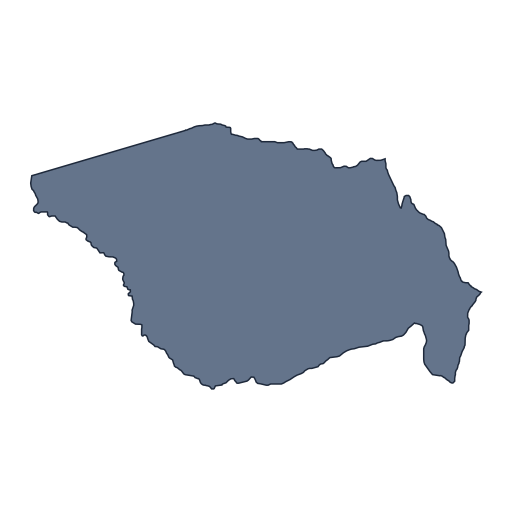 Zarcero, Alajuela, Costa Rica (Natural Earth projection)
{"feature_id": "36466004B69998662066275", "entity_name": "Zarcero", "entity_type": "district", "adm_level": 2, "iso_a3": "CRI", "parent_name": "Costa Rica", "parent_adm1": "Alajuela", "projection": "natural_earth1", "projection_center": [-84.401, 10.218], "detail": "fine", "context": "isolated", "style": "filled", "palette": "slate", "viewbox_px": 512, "rotation_deg": 0, "n_neighbors": 0, "source": "geoboundaries", "source_scale": "gbopen_adm2", "svg_char_len": 6061}
<svg xmlns="http://www.w3.org/2000/svg" viewBox="0 0 512 512"><path d="M393.8,185.6L388.5,174.4L387.7,172.1L387.3,170.2L386.2,168.7L385.9,167.5L385.9,163.7L385.1,160.7L385.1,158.8L380.8,160.3L376.3,160.4L374.7,160.0L372.5,158.5L370.3,158.4L366.1,161.3L361.6,161.3L360.1,162.0L357.5,165.2L355.7,166.4L353.5,166.8L353.1,167.1L350.1,167.8L348.4,167.8L346.2,166.3L344.0,166.2L340.5,167.7L334.9,167.8L334.4,167.6L333.3,166.2L333.1,165.1L332.1,163.6L331.2,160.1L331.2,158.8L330.7,157.9L328.9,156.5L328.4,156.4L328.1,155.9L326.7,155.2L326.5,154.7L325.6,154.0L325.2,153.0L323.4,150.6L321.7,149.1L318.8,149.1L316.9,150.1L314.8,150.4L312.5,150.4L309.4,149.1L307.8,149.0L307.3,148.8L304.5,148.8L303.5,149.1L297.3,149.1L296.4,147.8L295.0,146.6L294.4,145.2L293.6,144.6L292.7,142.9L292.2,142.7L291.9,142.1L291.1,141.8L288.9,141.7L284.1,142.7L277.4,142.7L274.8,141.7L261.3,141.7L260.8,140.8L259.9,140.4L259.3,139.5L258.2,138.6L257.6,138.5L254.3,138.5L251.6,139.1L247.6,139.1L245.5,138.4L242.5,136.9L238.3,135.9L238.0,135.6L236.9,135.3L235.8,135.3L232.6,134.3L231.5,134.3L231.0,133.4L230.7,131.6L230.7,128.4L230.3,127.6L229.3,127.3L226.5,127.2L226.0,127.0L225.7,126.1L224.8,125.6L222.2,125.0L221.2,124.4L220.2,124.1L217.9,124.0L216.4,123.7L215.6,123.1L214.5,123.1L212.1,124.4L211.0,124.4L208.9,125.0L205.0,125.0L202.3,125.6L199.5,125.7L196.8,126.1L194.2,126.9L191.2,128.4L190.2,128.5L186.7,130.1L185.5,130.1L185.2,130.5L31.8,175.7L30.7,183.1L31.1,186.3L32.0,189.2L33.6,190.7L34.0,191.7L35.2,193.6L35.7,195.3L37.7,198.9L38.1,201.3L38.0,202.9L37.0,204.3L34.5,206.7L33.7,208.2L33.6,210.6L34.3,211.7L35.0,212.3L36.5,212.3L38.4,213.4L39.0,213.2L40.1,212.3L41.4,211.9L47.2,211.9L47.4,212.0L47.6,212.8L47.6,214.8L49.0,216.5L49.6,216.7L51.6,216.0L55.1,216.0L57.4,219.3L59.5,221.3L61.9,222.0L65.2,222.0L67.0,223.0L67.7,223.0L69.0,224.9L72.8,227.2L75.0,227.2L77.4,227.6L80.0,230.2L82.4,231.8L83.7,232.3L83.8,232.6L86.6,234.6L86.8,236.9L86.0,238.9L86.1,239.7L87.8,241.1L88.5,241.2L89.3,241.8L90.0,241.8L90.5,242.2L90.9,242.6L91.3,244.9L92.2,246.1L93.8,247.5L96.5,248.0L97.0,248.4L100.0,252.9L103.4,252.7L104.0,253.1L104.7,254.8L105.9,256.2L109.0,256.8L112.9,256.9L115.6,258.1L116.2,258.7L116.6,259.5L116.7,261.3L115.1,262.2L114.8,262.9L114.9,264.4L115.6,265.5L118.1,267.4L118.4,269.4L118.9,270.4L122.1,272.2L123.0,272.3L123.6,273.0L123.9,273.9L123.9,275.2L123.1,276.2L122.7,278.6L122.8,279.7L124.3,282.8L124.1,283.8L123.6,284.4L123.5,285.4L124.3,286.3L126.9,286.8L127.9,289.3L129.2,289.8L130.3,289.8L130.4,291.8L128.3,293.7L128.3,295.0L128.7,295.6L132.1,296.1L132.5,299.4L133.2,300.6L133.7,303.5L133.7,305.4L132.1,310.1L132.2,311.9L131.1,320.4L131.8,321.8L135.5,324.1L140.4,324.3L141.7,324.7L141.9,325.0L141.9,327.5L141.6,329.1L141.6,334.8L142.2,335.8L142.9,336.0L144.2,335.0L145.6,335.1L146.0,335.6L146.4,335.6L147.3,337.2L147.7,338.7L148.8,341.4L153.8,345.0L155.0,346.5L157.5,346.7L160.9,348.8L163.6,349.2L164.5,349.6L165.7,351.1L166.6,353.2L167.7,354.7L168.8,357.2L169.5,358.0L172.6,359.9L173.5,363.2L174.2,364.9L174.4,366.0L175.8,367.2L177.3,367.7L179.8,369.8L180.5,370.0L181.6,371.0L183.8,373.9L184.4,374.3L185.5,374.7L193.2,376.0L193.9,376.2L195.3,377.8L196.0,377.8L197.5,378.6L198.6,378.6L199.5,379.8L200.5,382.7L201.5,383.9L202.8,384.8L204.1,385.2L205.5,385.2L206.1,385.6L207.2,385.7L209.2,386.3L210.0,386.9L211.6,388.9L213.7,388.9L214.2,388.5L215.4,385.9L221.9,385.0L221.9,384.6L223.0,383.8L226.0,382.8L228.5,380.3L230.9,378.8L233.7,378.6L234.6,380.0L234.6,380.4L236.1,382.0L236.6,382.9L237.2,383.2L238.6,383.2L247.0,381.1L248.5,380.0L251.2,377.0L253.9,377.2L255.3,379.7L256.2,382.1L257.7,383.4L260.5,383.8L266.3,385.2L268.1,385.2L270.6,384.0L281.4,384.0L283.9,382.9L285.7,381.7L290.1,379.5L294.1,376.8L297.1,375.1L301.0,373.7L302.9,372.7L303.7,372.1L304.6,370.9L308.0,368.8L309.7,368.4L311.8,368.4L318.0,366.7L319.1,365.2L320.2,364.3L320.7,364.0L323.1,363.6L323.7,363.2L326.1,360.7L327.6,359.7L329.8,357.6L337.1,356.7L339.5,356.0L343.5,352.7L346.7,350.8L349.2,349.8L351.4,349.1L354.4,348.7L359.0,347.2L367.7,346.2L372.8,344.2L375.6,343.9L377.4,342.9L379.5,342.4L383.3,340.9L387.7,340.8L389.8,340.4L392.8,339.5L395.8,337.4L398.4,336.6L401.6,336.1L403.5,335.0L405.9,332.4L408.3,328.2L410.9,326.2L414.4,323.0L415.5,323.5L416.5,323.5L419.9,324.5L421.9,325.6L422.4,326.1L422.8,327.0L423.4,330.7L424.0,332.1L424.5,333.8L425.4,335.6L426.4,339.3L426.6,340.8L426.2,342.8L425.2,345.2L424.3,346.7L423.7,348.7L423.7,359.2L424.0,362.0L424.7,364.2L429.9,371.5L432.5,374.6L440.0,375.8L440.2,375.6L440.9,375.6L442.4,376.3L443.7,377.4L444.4,377.5L446.6,379.5L449.1,381.1L450.2,382.3L451.9,383.0L452.9,383.0L454.7,381.2L454.7,378.3L455.1,375.5L455.4,374.9L455.4,372.4L456.1,370.2L456.9,369.3L457.6,367.5L458.0,365.2L459.0,363.1L459.0,362.3L459.4,361.6L459.7,357.6L460.7,355.8L462.1,351.6L464.2,347.6L464.2,346.8L465.0,345.1L465.2,338.2L465.7,335.5L466.1,334.2L466.4,334.0L466.4,333.6L467.0,332.4L468.7,330.3L468.7,325.4L469.1,323.5L469.1,320.6L468.9,319.4L467.6,317.2L467.7,313.1L469.1,309.7L469.6,309.1L469.6,308.7L471.0,306.7L472.3,305.6L472.3,305.2L475.2,301.6L475.9,300.2L475.9,299.4L476.6,297.2L479.7,294.4L480.7,292.6L481.3,292.1L478.8,291.2L476.6,289.5L474.4,288.7L473.6,288.0L471.2,286.6L471.2,286.2L470.9,286.2L469.2,284.4L468.2,282.8L465.4,282.7L462.8,282.1L462.2,281.7L461.9,281.1L461.5,281.1L461.0,280.2L460.2,277.7L459.4,276.4L458.5,273.9L458.1,271.9L456.5,267.3L454.3,263.3L452.7,261.5L452.1,261.3L450.2,259.5L450.2,259.1L449.5,257.9L448.9,256.0L448.9,253.2L448.6,251.2L446.1,245.3L445.7,239.4L444.9,237.3L444.4,233.6L441.4,227.6L439.0,225.5L437.4,224.9L437.4,224.5L435.1,223.3L433.4,221.8L431.6,221.2L430.5,220.4L428.2,219.5L427.4,218.8L426.7,218.2L425.8,216.1L424.1,214.4L423.4,214.4L419.8,212.9L418.3,211.7L417.5,210.7L416.9,210.3L415.4,208.2L413.9,204.5L413.4,204.1L412.5,203.9L411.4,202.9L410.9,201.1L410.9,199.8L409.8,196.7L408.6,195.5L406.1,195.5L404.3,196.5L404.2,197.3L402.8,201.6L402.0,204.3L402.0,205.1L401.2,208.0L400.3,207.8L398.5,203.9L397.4,199.9L397.4,196.6L396.8,192.7L395.8,190.2L395.1,187.5L393.8,185.6Z" fill="#64748b" stroke="#1e293b" stroke-width="1.5"/></svg>